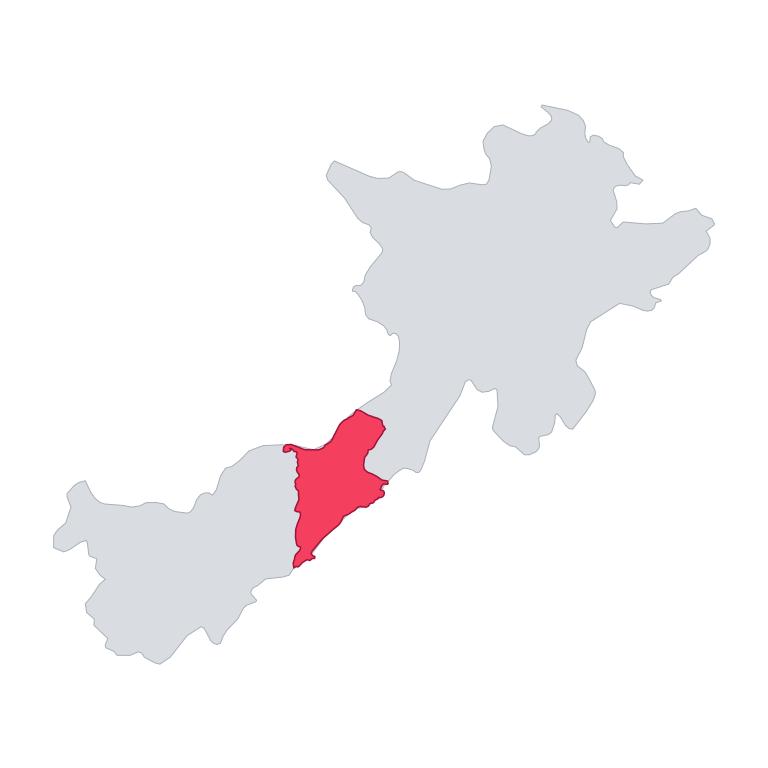 where Khammouan sits in Laos, rotated 89°
{"feature_id": "LAO-3293", "entity_name": "Khammouan", "entity_type": "Province", "adm_level": 1, "iso_a3": "LAO", "parent_name": "Laos", "parent_adm1": "", "projection": "orthographic", "projection_center": [105.341, 17.58], "detail": "fine", "context": "in_parent", "style": "filled", "palette": "rose", "viewbox_px": 768, "rotation_deg": 89, "n_neighbors": 0, "source": "natural_earth", "source_scale": "10m", "svg_char_len": 6202}
<svg xmlns="http://www.w3.org/2000/svg" viewBox="0 0 768 768"><g transform="rotate(89 384 384)"><path d="M257.1,60.3L260.9,67.7L279.2,87.9L282.3,93.3L289.0,97.5L294.4,115.2L296.8,116.4L299.9,115.2L302.3,112.7L304.4,106.0L305.7,105.2L307.7,110.9L312.9,112.6L315.1,115.1L315.7,119.4L314.9,123.7L310.4,133.7L307.5,147.1L325.4,176.3L333.0,180.4L351.3,185.3L363.6,191.8L369.4,190.3L375.0,183.2L381.7,179.2L394.0,173.1L397.6,172.8L404.4,175.3L415.5,182.6L432.4,196.1L431.8,199.7L428.7,203.2L419.6,208.5L416.6,211.9L418.4,213.2L426.0,214.1L434.9,217.2L437.6,220.8L439.0,228.8L440.6,230.3L448.9,229.5L451.5,230.6L454.4,233.2L457.3,239.9L457.2,244.9L449.0,253.7L448.0,258.9L443.7,265.2L432.3,275.7L429.3,276.4L408.4,270.4L391.8,271.1L390.4,273.3L393.2,279.7L393.9,286.1L391.3,290.9L381.7,297.0L381.3,299.7L383.2,302.6L397.1,308.3L441.5,338.9L461.8,344.8L470.7,348.7L473.0,350.8L473.0,353.5L470.6,356.9L468.7,362.8L468.6,366.4L470.7,369.9L474.2,375.0L486.8,386.6L496.0,389.3L505.6,402.5L508.4,414.1L513.2,421.6L536.5,446.5L556.1,461.8L567.7,478.4L573.4,482.1L575.2,488.1L576.8,505.6L583.7,514.3L585.1,517.8L588.1,520.4L591.3,520.8L598.1,515.1L599.5,515.9L602.7,525.1L605.5,528.4L615.9,534.0L627.0,545.0L632.9,549.0L640.4,552.1L641.5,555.6L640.2,559.2L637.8,561.6L625.1,568.1L623.4,570.9L632.0,585.1L653.4,602.5L660.2,612.9L658.8,618.0L653.0,628.4L648.6,631.2L647.5,634.4L650.9,642.7L650.6,655.7L646.6,658.8L642.9,666.7L640.3,667.4L633.7,664.6L620.1,678.3L614.1,677.7L607.3,685.3L598.4,686.4L592.2,680.8L579.1,671.8L574.4,666.1L570.3,671.1L563.4,675.8L553.7,674.2L551.1,681.0L549.2,682.2L537.4,683.4L535.2,684.5L537.1,690.7L544.1,701.2L546.3,707.2L541.9,717.2L529.7,716.9L524.2,712.9L517.3,704.6L501.6,699.1L491.2,702.9L488.0,702.7L480.2,695.6L477.3,691.1L475.5,684.4L487.4,678.9L493.5,674.7L497.4,670.1L499.1,665.4L501.0,645.9L502.7,639.0L501.7,630.5L498.5,623.9L498.5,613.9L500.2,605.8L504.7,601.7L507.8,595.9L509.7,582.9L508.3,579.5L503.8,576.3L496.4,573.3L491.6,569.5L489.7,564.8L489.9,560.8L492.2,557.3L486.6,553.4L473.0,549.0L465.4,543.9L463.9,537.8L458.2,529.9L448.5,520.1L443.5,506.0L443.0,487.7L444.2,472.7L448.5,455.5L442.9,442.9L436.7,436.3L428.1,431.4L419.9,424.5L412.2,415.4L402.9,401.9L392.2,384.2L384.9,376.2L381.2,378.0L373.4,376.3L361.5,371.1L351.1,368.2L342.2,367.7L336.4,368.8L333.7,371.5L333.4,374.2L335.7,376.8L334.4,378.9L329.7,380.3L325.9,383.2L321.6,389.6L318.6,398.1L314.1,401.3L307.3,401.9L300.6,404.3L293.9,408.3L290.7,411.4L291.0,413.5L289.6,414.0L286.4,412.8L284.9,409.9L285.1,405.5L281.8,402.5L274.9,400.9L267.1,396.0L252.3,383.5L248.9,382.9L243.9,386.0L237.4,392.7L232.1,395.3L227.9,393.9L224.6,396.2L222.3,402.4L218.0,407.3L197.6,420.1L179.1,436.7L174.4,438.1L163.5,433.1L160.1,429.7L176.0,395.2L178.4,386.8L178.2,375.6L172.1,366.2L171.9,363.4L172.9,360.6L180.9,350.0L190.4,322.4L190.1,313.7L186.4,304.1L184.5,295.1L186.5,282.8L186.0,278.0L181.9,275.5L168.2,272.8L160.3,274.6L156.5,277.8L151.8,279.8L143.2,280.8L135.1,276.4L128.5,269.2L127.1,260.5L136.2,242.1L138.4,235.0L138.3,231.6L136.9,228.1L134.9,227.5L130.7,223.0L126.7,215.2L122.8,211.6L119.0,212.2L115.5,215.0L109.6,222.1L107.8,221.1L113.6,195.6L118.7,184.8L124.4,179.9L130.3,177.9L136.5,178.9L141.7,178.1L146.0,175.5L145.6,174.0L140.7,173.5L138.8,170.5L140.0,165.1L142.3,161.6L145.8,160.0L149.2,154.6L152.6,145.4L156.6,140.7L161.2,140.7L169.0,136.9L180.3,129.2L184.7,121.6L188.7,125.2L187.0,134.1L189.1,136.0L190.0,139.2L189.3,144.1L190.1,148.4L191.8,150.4L194.2,151.5L205.9,148.1L213.1,148.0L224.6,154.8L231.6,150.1L231.8,148.3L226.2,142.0L228.5,119.6L228.1,102.5L218.8,89.7L217.0,84.6L216.2,76.3L213.7,69.2L220.7,63.6L224.6,53.3L229.5,50.8L231.0,51.3L236.7,59.2L244.2,55.4L249.8,55.6L254.6,57.7L257.1,60.3Z" fill="#d9dde1" stroke="#a8b0b8" stroke-width="1"/><path d="M443.2,483.1L442.8,478.5L443.2,476.8L448.0,465.4L448.3,463.7L448.6,460.1L448.5,455.5L448.8,451.7L448.7,450.8L448.5,449.8L446.8,445.9L446.5,445.5L446.0,445.0L444.7,444.3L444.1,443.9L443.6,443.2L442.5,441.0L441.0,438.8L440.1,437.8L436.6,435.6L435.3,435.1L423.8,429.0L421.7,427.0L419.5,424.4L419.2,423.8L418.7,422.2L418.5,421.8L418.2,421.3L417.1,419.9L415.5,416.6L414.4,415.1L409.6,412.2L409.2,411.8L410.4,407.8L415.2,399.8L415.8,397.5L416.8,395.3L418.2,390.7L420.5,386.8L423.4,386.4L426.2,385.7L426.3,384.7L426.9,384.5L427.5,384.3L429.1,383.4L431.2,385.5L433.9,386.7L439.7,391.2L446.9,395.3L449.2,398.1L449.7,400.9L452.7,401.4L455.1,403.0L456.9,404.6L465.1,405.9L469.1,405.1L471.9,402.0L473.9,397.1L476.4,392.6L480.0,387.7L481.1,382.1L483.1,381.9L483.4,381.6L483.8,381.7L484.3,382.5L484.4,383.4L483.9,385.2L483.9,386.1L484.7,387.2L485.9,388.1L487.3,388.7L488.4,389.0L489.0,389.2L489.1,389.6L489.3,389.7L490.0,389.2L490.3,388.7L490.6,386.9L491.1,386.2L492.4,385.6L494.0,385.7L495.5,386.3L496.6,387.3L497.0,387.9L497.6,390.1L497.7,390.5L497.5,390.9L497.3,391.2L497.3,391.4L497.6,391.7L498.4,391.9L498.7,392.1L500.0,394.9L500.6,395.4L501.9,396.1L502.5,396.7L502.9,397.6L503.1,399.3L503.4,400.1L503.9,400.6L505.7,401.6L506.7,403.7L506.9,404.0L506.0,409.9L506.8,412.6L509.7,415.2L511.6,418.8L513.2,421.1L513.9,422.4L514.9,425.3L515.5,426.6L516.4,427.3L520.3,429.0L522.7,430.6L524.6,432.4L529.5,438.7L531.0,440.3L537.5,448.1L549.8,458.7L551.5,459.6L552.5,459.7L553.4,459.1L554.5,458.0L554.8,457.4L555.0,456.7L555.3,456.2L556.3,456.2L557.2,456.5L557.3,457.2L557.2,458.0L557.4,458.9L557.8,459.5L558.8,460.6L559.1,461.0L559.1,461.7L558.5,463.0L558.4,463.8L558.8,464.9L561.1,468.6L564.6,472.0L565.4,473.3L565.4,473.8L564.9,474.6L564.8,474.9L566.1,477.4L561.5,477.9L557.3,476.5L555.0,476.1L553.0,475.2L549.6,471.8L547.6,470.6L545.5,470.3L545.1,471.5L544.8,472.7L544.0,473.5L543.1,474.1L535.7,475.2L527.9,474.8L522.0,472.9L516.0,470.3L513.2,469.7L510.6,470.2L510.1,473.4L509.0,475.4L506.1,474.7L497.9,471.0L493.4,471.5L489.6,471.3L487.6,473.4L484.8,474.7L483.0,474.0L482.1,474.2L481.2,474.6L479.0,474.5L477.2,473.2L476.0,471.3L474.3,470.2L472.5,470.9L470.7,472.2L468.5,473.0L466.0,472.7L464.3,471.1L460.5,472.0L458.4,471.2L456.8,472.0L455.6,473.2L453.8,472.8L451.9,472.1L450.2,472.8L450.0,475.0L448.4,476.1L446.9,477.8L446.8,479.2L448.3,478.2L449.5,479.5L450.6,484.0L449.6,485.9L445.5,485.4L443.2,483.1Z" fill="#f43f5e" stroke="#9f1239" stroke-width="1.5"/></g></svg>